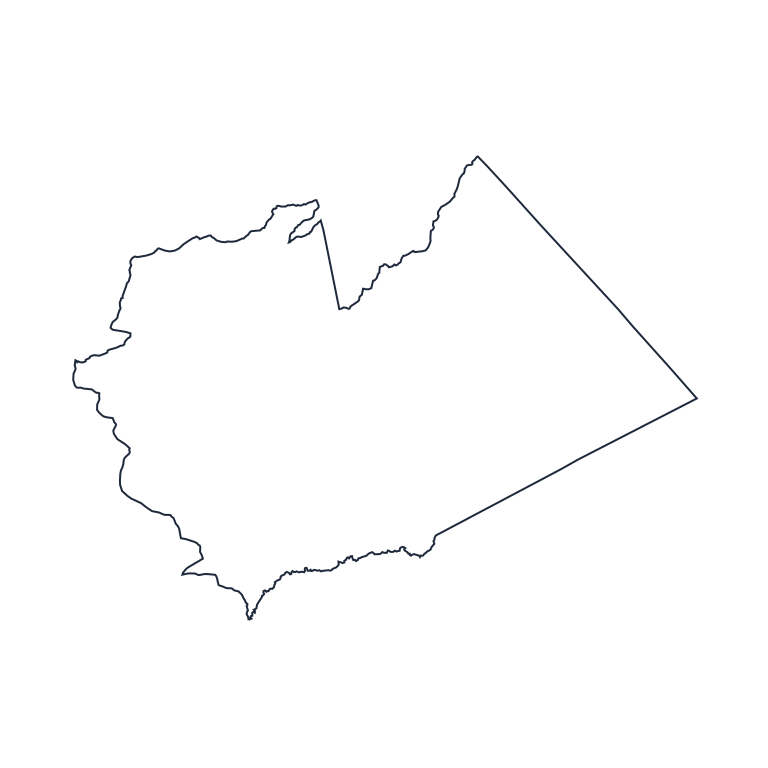 the district of Konoin, Rift Valley, Kenya, rotated 349°
{"feature_id": "3690345B62902351105471", "entity_name": "Konoin", "entity_type": "district", "adm_level": 2, "iso_a3": "KEN", "parent_name": "Kenya", "parent_adm1": "Rift Valley", "projection": "albers", "projection_center": [35.307, -0.537], "detail": "fine", "context": "isolated", "style": "outline", "palette": "slate", "viewbox_px": 768, "rotation_deg": 349, "n_neighbors": 0, "source": "geoboundaries", "source_scale": "gbopen_adm2", "svg_char_len": 6139}
<svg xmlns="http://www.w3.org/2000/svg" viewBox="0 0 768 768"><g transform="rotate(349 384 384)"><path d="M85.6,301.8L84.0,306.5L84.2,310.0L83.7,311.2L81.3,314.5L79.7,320.6L80.2,325.7L80.7,327.4L81.4,328.5L82.4,329.2L85.6,329.7L88.4,331.2L96.1,333.5L98.9,336.7L100.2,337.8L101.9,338.1L102.8,338.8L102.1,341.2L101.8,344.3L101.2,345.7L98.6,349.3L97.4,354.7L99.1,358.0L101.6,361.4L102.9,362.5L105.8,363.9L111.2,365.7L111.9,369.9L113.1,372.0L113.1,373.3L109.4,378.0L109.3,380.8L109.6,382.1L111.8,387.3L118.6,393.9L122.1,398.6L121.3,400.1L121.5,402.1L120.9,403.5L116.2,406.4L114.7,407.9L113.9,409.3L112.9,412.7L111.3,415.9L109.2,418.9L108.0,421.9L106.3,428.7L105.7,432.8L106.5,439.1L110.8,444.9L114.1,448.3L122.9,454.7L126.9,459.4L132.0,464.5L138.6,467.2L143.4,470.5L148.5,471.6L149.7,472.3L149.9,473.4L151.8,475.4L153.0,481.6L154.4,484.0L155.3,486.8L155.2,496.6L159.8,498.4L167.8,502.8L170.1,504.6L171.0,506.3L172.3,507.5L172.6,508.8L171.4,513.7L172.4,517.1L172.9,520.9L156.5,526.7L154.2,528.0L150.6,531.0L149.7,532.7L155.0,532.6L156.9,532.8L162.4,534.0L165.2,536.0L166.5,536.3L171.5,536.3L175.2,537.1L181.9,539.1L182.7,540.8L183.0,542.9L183.2,549.5L184.1,550.4L186.7,551.8L190.4,554.3L195.7,555.6L197.5,557.9L201.8,560.0L204.3,563.8L205.6,568.6L206.3,569.9L206.4,571.5L207.0,572.9L207.9,573.6L207.7,574.9L206.8,575.7L207.2,580.4L206.3,581.2L205.2,583.6L206.1,586.4L206.1,589.2L207.5,589.4L209.1,589.0L208.2,587.6L209.2,586.4L210.5,586.4L211.0,583.5L212.2,582.8L213.5,583.9L214.1,582.4L213.1,580.8L215.9,579.9L217.2,576.5L218.3,575.2L223.3,570.1L223.8,568.7L225.3,568.3L226.3,567.2L225.8,565.8L226.2,564.3L227.9,563.9L228.8,565.5L229.9,565.0L231.0,565.3L232.9,563.3L234.0,563.3L235.1,563.8L237.4,562.3L237.8,560.7L239.2,559.1L239.0,557.7L242.1,556.4L244.3,556.1L245.4,554.9L245.8,553.4L246.8,552.7L250.1,551.9L251.2,550.4L252.7,550.0L253.7,550.6L254.9,551.6L255.6,553.0L256.8,552.7L257.5,550.8L258.6,550.2L259.6,551.3L261.1,551.6L262.6,551.3L264.7,552.7L267.1,552.5L269.8,553.5L270.8,552.4L270.8,550.8L271.5,549.6L272.9,549.7L273.5,552.8L275.2,553.0L276.5,552.4L276.8,553.7L278.2,553.8L279.7,553.1L281.5,553.7L283.1,554.6L285.1,554.5L286.4,555.9L288.4,555.7L293.9,556.2L295.5,556.9L297.0,556.8L298.3,555.7L302.1,554.9L303.9,553.8L305.0,552.8L305.4,549.7L309.5,551.9L311.1,551.6L311.3,550.0L313.3,549.2L314.3,547.6L315.5,547.3L316.4,548.5L318.3,546.7L319.8,546.9L319.7,548.4L320.3,551.0L322.0,551.1L322.8,552.5L324.9,551.6L325.7,550.2L327.5,550.3L329.1,549.7L333.8,549.3L336.5,547.6L340.3,546.8L341.4,547.9L342.3,549.4L347.2,550.1L348.7,549.8L350.2,548.7L351.6,549.6L354.4,550.3L356.1,548.2L357.1,548.7L358.1,549.8L359.3,550.3L361.1,550.5L363.0,549.7L364.2,550.8L367.6,550.6L368.3,548.4L369.8,547.6L371.2,547.5L372.5,548.1L373.6,549.2L372.2,550.2L372.6,551.5L374.9,553.6L375.6,555.3L376.9,555.5L376.8,556.9L377.8,557.6L379.2,556.9L381.2,556.8L385.8,559.3L386.3,560.7L387.2,559.5L388.6,559.9L389.7,559.8L391.5,558.2L392.7,557.9L394.0,556.9L398.0,555.5L399.7,553.0L402.9,550.5L402.6,547.7L403.9,546.3L404.2,544.8L405.9,542.6L542.1,501.2L559.4,495.4L688.3,457.9L667.3,421.9L639.3,375.1L628.3,355.6L568.3,258.3L542.2,214.8L526.7,189.6L519.5,178.6L518.1,179.0L515.7,181.3L513.9,182.1L512.8,183.1L512.9,184.7L511.8,185.5L508.7,185.2L507.0,185.4L504.2,188.3L503.9,190.0L502.6,192.5L501.3,193.0L497.6,196.5L493.9,204.5L492.1,207.4L489.5,210.6L488.9,213.6L487.4,214.3L483.5,217.5L478.6,219.7L474.0,221.1L470.0,225.3L469.3,228.0L469.8,229.4L469.1,230.7L467.7,232.4L465.6,233.6L463.6,233.8L462.3,237.6L462.9,239.6L462.3,240.9L461.0,242.0L459.2,242.7L457.4,249.4L457.0,252.4L456.5,253.6L453.5,258.2L450.4,260.8L447.1,261.0L440.3,260.5L438.8,260.0L438.4,259.0L437.1,259.2L432.8,261.1L428.7,262.1L427.4,261.8L425.2,264.2L423.4,267.7L421.4,268.4L420.2,269.4L418.4,269.9L417.2,268.7L414.3,270.2L411.0,270.3L410.6,269.1L408.2,266.7L406.7,266.6L405.6,267.8L402.2,268.3L400.6,273.9L399.3,274.7L396.9,278.8L394.5,280.5L393.0,280.5L389.8,287.5L387.1,288.1L384.0,287.5L382.9,286.8L381.6,286.5L379.4,292.1L376.7,293.6L375.5,297.0L373.7,298.2L366.0,301.4L365.0,303.0L363.9,303.6L360.9,301.7L358.6,301.1L357.4,301.8L354.4,302.0L353.9,221.5L353.1,211.5L352.1,212.4L350.4,212.9L349.1,214.1L346.1,215.4L344.5,216.7L341.6,220.6L340.2,220.8L339.5,222.1L336.9,222.4L335.7,223.1L330.9,223.9L327.7,222.9L326.2,222.8L322.3,225.0L320.4,225.4L319.0,226.7L317.6,226.9L318.5,225.4L320.0,220.5L321.1,218.7L325.3,216.8L325.6,215.4L326.8,213.8L328.3,213.5L330.2,211.6L331.8,211.5L334.2,209.5L336.6,208.2L342.0,208.2L344.2,207.6L346.4,206.4L348.8,200.7L350.6,200.1L353.4,198.2L353.9,196.4L352.8,190.7L351.0,190.5L348.2,191.4L344.5,191.6L341.1,192.9L339.9,192.1L337.2,193.0L335.0,192.7L333.4,191.8L331.8,192.4L329.2,190.6L325.0,190.6L323.9,190.1L321.3,191.0L316.7,190.1L314.2,188.8L312.5,189.1L312.0,190.8L310.8,191.3L309.3,190.8L308.1,191.8L307.0,193.2L307.2,194.8L307.8,196.1L303.9,200.3L302.5,200.6L299.5,203.1L298.3,205.6L297.1,206.5L296.4,208.0L294.4,207.8L291.8,209.6L283.5,208.7L281.8,209.0L278.8,211.8L277.1,212.4L274.0,214.4L272.5,214.2L266.3,215.6L261.6,215.3L257.3,214.2L255.5,214.6L251.3,213.4L247.0,211.1L244.7,208.1L243.1,206.9L242.3,205.2L239.8,204.9L237.8,205.5L236.2,205.5L230.8,206.6L230.3,205.4L228.0,203.4L226.5,204.1L224.0,204.4L218.3,206.7L213.9,208.6L208.7,211.8L204.3,213.1L200.2,213.1L198.1,212.7L194.1,211.1L188.7,207.8L187.2,208.4L185.9,209.6L184.6,210.0L183.7,211.1L180.6,212.0L175.2,212.6L166.4,212.4L163.6,211.3L160.7,212.5L158.5,214.9L158.1,217.5L158.6,219.1L155.7,223.6L156.0,225.0L155.7,226.6L156.0,228.6L153.0,234.5L150.8,236.1L149.3,239.2L144.6,247.0L144.0,248.4L144.0,249.6L142.2,249.9L141.6,251.5L140.7,252.7L140.1,253.9L139.7,257.6L139.9,258.9L139.4,260.2L138.5,261.1L135.8,265.6L135.2,267.6L133.6,269.2L129.6,271.3L127.8,273.7L126.3,276.7L127.9,278.9L140.7,283.7L144.8,285.9L143.9,289.3L140.9,290.5L138.2,292.6L137.2,294.0L136.7,295.5L135.3,296.3L132.4,296.2L130.2,296.9L127.5,297.4L121.0,297.9L119.1,298.5L118.4,300.2L116.6,300.8L110.1,301.9L104.3,300.3L102.2,300.7L100.5,301.2L99.8,302.4L95.9,303.3L95.4,304.8L93.4,305.3L91.4,305.2L89.4,304.4L88.1,303.4L87.0,304.1L86.7,302.7L85.6,301.8Z" fill="none" stroke="#1e293b" stroke-width="2"/></g></svg>